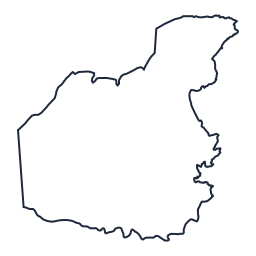 Louvet, Dennery, Saint Lucia (Albers equal-area conic projection)
{"feature_id": "8701671B45979799747328", "entity_name": "Louvet", "entity_type": "district", "adm_level": 2, "iso_a3": "LCA", "parent_name": "Saint Lucia", "parent_adm1": "Dennery", "projection": "albers", "projection_center": [-60.883, 13.961], "detail": "fine", "context": "isolated", "style": "outline", "palette": "slate", "viewbox_px": 256, "rotation_deg": 0, "n_neighbors": 0, "source": "geoboundaries", "source_scale": "gbopen_adm2", "svg_char_len": 5823}
<svg xmlns="http://www.w3.org/2000/svg" viewBox="0 0 256 256"><path d="M18.0,130.0L23.6,207.1L26.0,207.5L28.8,208.8L30.7,209.0L33.1,209.0L34.9,210.7L36.1,213.2L37.4,215.2L39.0,216.3L40.1,216.7L43.1,219.3L46.4,220.7L47.7,221.0L51.0,221.7L53.7,221.5L59.7,220.3L63.8,220.0L67.8,220.1L71.8,220.8L73.7,221.5L76.9,223.0L78.7,223.2L80.0,223.9L81.2,225.4L82.9,226.3L86.0,226.4L87.6,226.6L89.9,228.1L90.5,228.4L91.8,228.2L94.1,228.4L95.2,228.1L95.8,228.2L96.8,228.6L98.0,229.8L98.7,230.2L99.2,230.4L100.2,230.5L100.8,230.4L102.2,228.7L102.6,228.4L102.9,228.3L103.8,228.5L104.5,229.5L105.2,232.8L105.6,233.2L105.9,233.3L106.3,233.2L108.9,232.3L111.6,231.8L112.7,231.4L113.8,230.9L114.2,230.6L115.2,228.7L115.4,228.6L116.3,228.4L117.8,227.7L119.7,227.7L120.8,228.1L121.4,228.7L122.6,232.0L123.3,233.2L123.6,236.2L123.7,236.6L124.2,237.1L124.6,237.3L125.7,237.3L127.3,236.7L128.2,236.2L129.3,235.2L130.3,233.9L131.1,231.0L131.6,229.9L131.9,229.6L132.3,229.5L132.9,229.7L134.9,231.4L137.2,232.8L138.2,233.6L139.8,235.7L141.5,238.7L142.3,239.4L142.8,239.5L143.2,239.4L144.4,238.5L145.6,237.8L147.6,237.6L153.7,237.6L155.5,236.1L156.6,235.9L158.2,236.2L159.1,236.7L164.6,240.4L166.2,240.6L167.3,240.6L168.7,240.1L168.8,239.8L168.8,239.3L168.6,238.6L167.8,237.5L167.7,236.9L167.7,236.3L168.0,235.5L169.6,234.4L171.3,233.8L173.8,234.0L175.8,233.9L177.8,234.2L178.8,234.1L180.4,233.7L182.0,233.9L182.9,233.7L183.5,233.1L183.8,232.4L183.8,231.7L183.6,230.2L184.7,226.5L185.7,224.1L186.3,223.4L187.8,221.8L189.8,219.9L190.7,219.4L191.7,219.3L192.9,219.7L196.5,221.4L196.9,221.3L197.4,220.8L197.8,219.9L198.3,218.1L198.5,216.7L198.1,214.4L197.9,212.0L197.9,210.0L198.3,208.6L199.7,206.0L200.6,203.8L201.6,202.0L202.0,201.6L202.3,201.6L204.4,201.7L207.4,201.1L211.2,198.0L211.6,197.4L212.0,197.0L212.0,196.8L212.6,196.4L213.0,195.8L212.8,195.5L212.1,195.1L211.0,193.1L211.0,192.1L210.5,189.8L210.7,188.8L211.1,187.6L212.9,186.3L212.9,186.1L212.4,185.9L211.8,186.3L211.7,185.6L211.1,185.7L210.0,185.4L209.3,185.4L209.3,184.8L208.2,184.4L207.7,184.1L207.7,182.8L207.3,182.5L206.5,182.3L206.0,182.0L205.7,182.0L205.6,182.3L205.2,182.4L204.7,182.1L203.9,182.7L203.5,182.9L201.1,182.4L200.0,182.3L199.0,181.4L198.3,181.4L197.9,181.5L197.4,181.4L196.0,182.3L195.8,182.3L195.2,182.0L194.7,181.4L194.1,179.7L194.1,178.6L194.2,178.2L195.0,177.8L195.6,177.9L196.1,178.4L196.6,178.1L197.4,178.1L197.9,177.8L197.5,176.7L198.8,176.6L199.5,176.3L200.1,175.7L200.2,175.2L199.9,174.6L200.5,173.4L199.9,172.8L199.4,172.6L198.6,171.7L198.5,170.5L197.2,168.7L197.0,167.8L197.2,167.2L197.0,166.2L197.0,165.2L197.3,164.9L199.5,165.9L199.5,166.1L200.1,166.3L200.6,166.7L201.0,166.8L201.9,164.6L201.8,164.1L202.3,163.8L202.8,163.6L203.6,163.0L203.7,162.2L204.3,161.8L204.9,161.8L204.9,163.7L205.2,164.1L205.2,165.1L205.3,165.9L206.5,166.8L207.2,166.6L207.7,166.9L208.7,166.6L210.2,166.2L211.1,166.3L213.1,164.6L213.1,164.2L212.0,164.2L211.5,163.8L210.9,162.8L211.1,162.6L211.2,162.2L212.0,161.4L211.8,160.6L211.9,159.7L212.1,159.4L213.6,158.7L214.8,157.1L216.4,156.1L218.2,155.3L218.8,154.2L220.3,152.6L220.3,152.3L219.7,151.6L219.6,151.3L219.8,150.1L220.3,149.5L220.5,148.8L220.2,148.3L219.4,148.3L218.8,148.6L217.0,148.6L215.2,149.8L214.1,149.9L213.6,149.3L213.8,148.0L215.0,146.9L215.1,145.8L216.3,144.0L217.9,141.0L217.6,139.4L217.3,138.3L217.2,137.4L217.3,136.9L218.5,135.2L218.2,134.8L216.4,133.9L215.4,134.1L213.6,134.9L212.0,135.1L209.5,135.8L208.8,135.4L208.2,133.0L205.7,130.4L205.2,129.6L203.8,127.8L203.2,127.5L201.6,126.3L201.7,125.1L202.1,123.5L201.9,122.3L201.2,120.8L200.9,120.5L199.8,121.0L199.1,120.6L198.3,119.7L194.8,112.9L191.2,105.0L191.2,103.7L189.8,99.1L189.4,95.5L189.6,93.1L190.5,91.1L191.3,90.0L191.5,89.9L192.9,90.2L193.6,90.2L196.2,91.0L198.6,90.6L199.6,90.1L200.6,89.4L201.0,88.6L201.0,88.0L201.2,87.5L202.4,86.3L203.3,86.2L203.7,86.4L203.9,86.8L204.0,87.3L204.1,87.6L204.4,87.7L204.8,87.6L205.7,86.5L206.2,86.2L207.4,85.9L208.0,85.1L209.0,84.2L210.3,84.2L211.6,83.9L212.1,83.6L212.7,83.5L213.6,82.7L214.9,81.9L215.6,80.4L216.2,79.8L216.3,79.4L216.2,79.3L215.7,79.5L215.6,79.4L215.6,79.2L216.5,77.2L216.5,76.1L217.1,73.4L216.5,71.5L215.6,70.0L215.3,69.3L215.1,68.2L215.2,65.3L214.9,63.8L214.9,62.9L214.7,61.8L214.5,61.3L214.2,60.9L212.9,59.6L212.5,59.0L212.2,58.9L212.6,58.0L213.5,57.0L214.3,55.8L215.7,54.8L216.9,53.1L217.7,52.3L220.6,48.3L221.0,48.1L221.9,48.4L222.1,48.3L222.2,47.9L221.6,47.1L221.7,46.3L222.6,44.4L224.6,41.6L225.2,41.1L226.4,40.5L226.5,40.3L226.6,39.6L227.2,39.2L227.6,38.6L228.2,38.8L228.4,38.7L228.9,38.2L229.7,37.1L230.4,36.8L231.7,36.6L232.7,36.0L233.2,35.4L233.3,34.8L233.5,34.6L233.9,34.6L234.3,34.8L234.6,34.6L235.1,33.8L236.4,33.6L237.6,32.5L238.0,31.6L237.7,30.8L237.1,30.2L235.8,29.6L235.1,29.1L234.9,28.5L234.7,27.7L234.7,25.6L234.5,25.1L233.7,24.7L233.9,23.9L234.6,23.1L235.6,22.4L235.9,21.9L236.7,21.4L236.8,21.2L236.1,20.9L235.5,20.4L234.3,20.1L232.7,19.4L231.6,18.5L229.9,18.2L229.4,17.5L229.1,17.4L227.2,17.8L226.2,18.3L225.2,18.4L224.3,18.1L223.8,17.4L222.8,16.9L219.7,17.4L219.6,16.3L219.5,15.9L219.1,15.6L217.2,15.9L216.1,15.4L214.1,15.9L212.5,17.1L209.7,17.1L207.5,16.5L201.1,17.4L198.4,17.1L195.9,16.2L193.9,17.1L192.6,16.2L183.2,16.2L181.0,17.6L177.9,18.5L175.1,19.1L165.2,23.6L156.3,28.7L154.7,53.0L151.4,56.4L149.7,58.7L145.3,66.3L143.9,69.5L142.2,67.8L140.6,67.2L137.3,68.1L134.0,70.1L126.5,73.8L123.4,74.6L121.0,76.6L119.0,80.3L119.0,83.7L117.6,85.4L116.5,84.3L116.3,81.2L115.7,79.7L112.4,78.9L106.9,78.0L99.1,78.0L96.6,78.6L95.2,80.9L93.0,82.6L91.9,80.9L92.2,78.3L94.1,75.5L94.1,73.2L90.0,71.8L87.8,71.5L78.7,72.0L75.1,74.0L72.7,72.1L71.4,73.2L68.8,76.1L66.5,78.1L61.6,84.5L58.2,87.3L56.4,91.5L56.0,94.0L54.7,98.2L48.7,104.5L46.4,107.4L44.1,109.8L41.5,112.7L38.3,114.8L34.8,114.8L31.9,115.7L28.0,119.9L25.3,123.3L18.7,129.6L18.0,130.0Z" fill="none" stroke="#1e293b" stroke-width="2"/></svg>